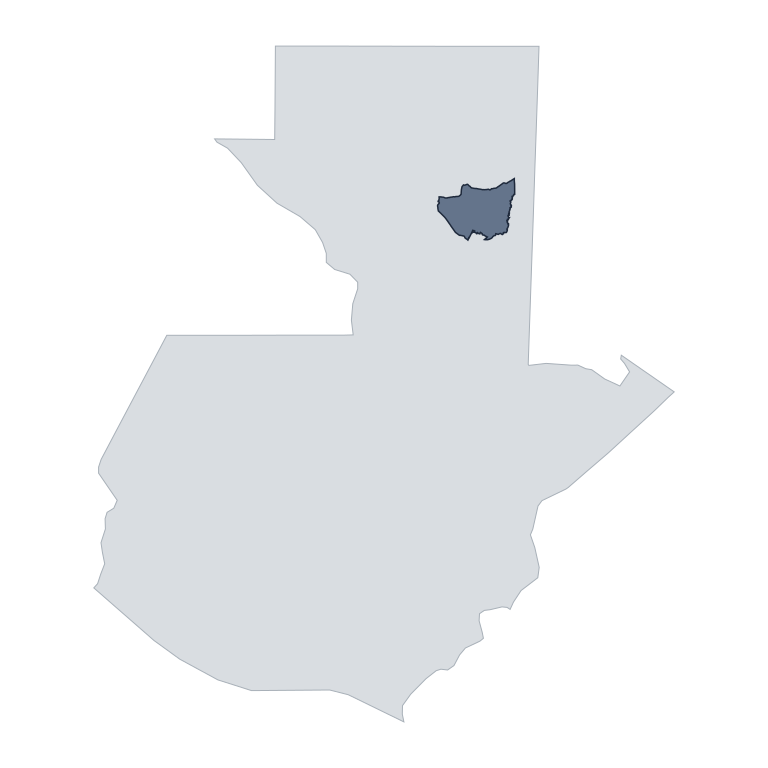 Santa Ana, Petén, Guatemala (highlighted)
{"feature_id": "79465075B84602984839461", "entity_name": "Santa Ana", "entity_type": "district", "adm_level": 2, "iso_a3": "GTM", "parent_name": "Guatemala", "parent_adm1": "Petén", "projection": "robinson", "projection_center": [-89.487, 16.831], "detail": "fine", "context": "in_parent", "style": "filled", "palette": "slate", "viewbox_px": 768, "rotation_deg": 0, "n_neighbors": 0, "source": "geoboundaries", "source_scale": "gbopen_adm2", "svg_char_len": 6697}
<svg xmlns="http://www.w3.org/2000/svg" viewBox="0 0 768 768"><path d="M93.8,587.9L97.6,583.7L100.8,573.9L104.7,563.8L102.4,552.2L101.0,542.7L105.4,529.0L105.1,518.7L107.1,512.3L113.8,508.2L117.2,500.3L98.6,473.2L98.6,467.1L101.1,459.5L116.4,430.5L134.6,396.1L154.7,358.2L166.8,335.3L210.5,335.3L239.5,335.3L276.2,335.2L316.2,335.2L342.4,335.2L353.2,334.9L351.4,320.1L352.8,303.7L357.7,288.8L357.7,282.2L349.9,274.2L334.7,269.5L326.3,262.4L326.3,253.4L322.6,242.5L315.3,229.7L300.1,216.6L277.0,203.2L257.4,185.3L241.3,162.7L227.6,148.2L217.0,142.2L214.6,138.9L245.5,139.2L274.7,139.5L275.0,107.2L275.2,78.5L275.4,46.1L328.4,46.1L391.6,46.2L457.2,46.3L508.7,46.3L539.0,46.3L537.7,86.5L536.1,133.1L534.9,167.3L533.4,213.0L531.8,259.6L529.6,323.3L528.2,364.5L528.9,365.4L546.1,363.4L571.6,365.2L577.9,365.1L585.7,368.7L591.7,369.7L604.7,379.0L619.9,386.0L629.6,371.9L624.5,363.4L620.7,359.0L621.3,355.2L674.2,391.9L668.0,397.5L654.5,410.6L630.1,432.9L608.3,452.9L587.2,471.0L568.3,487.4L566.0,489.0L542.0,500.6L538.0,506.0L532.8,529.1L530.4,534.8L534.8,547.6L539.2,567.4L537.8,577.7L521.1,590.5L513.5,602.0L510.1,609.4L507.1,607.4L502.0,606.9L490.1,609.7L484.3,610.4L479.5,613.7L479.1,620.8L482.2,632.3L483.4,638.3L480.0,641.1L465.4,648.0L459.6,654.9L454.0,665.5L447.6,670.0L440.9,669.2L436.2,670.7L426.0,678.7L410.7,694.2L402.5,705.6L402.3,714.2L403.9,721.9L348.2,694.7L329.7,690.0L251.5,690.6L217.9,679.9L179.8,659.2L154.0,640.5L93.8,587.9Z" fill="#d9dde1" stroke="#a8b0b8" stroke-width="1"/><path d="M514.7,194.2L514.6,184.0L514.3,181.0L514.3,178.6L512.8,179.5L510.6,181.0L510.4,181.0L510.0,181.1L509.7,181.4L509.4,181.6L508.3,182.2L508.2,182.2L507.2,183.0L506.9,183.1L506.8,183.3L506.0,183.5L505.4,183.3L504.7,183.0L503.8,182.9L503.1,183.1L502.1,183.9L501.8,184.1L500.7,184.9L500.3,185.2L499.9,185.5L499.7,185.6L498.8,186.3L498.7,186.3L498.3,186.6L497.9,186.8L497.5,187.1L496.5,187.9L495.6,188.2L493.9,188.3L492.7,188.7L491.5,188.7L490.5,189.7L490.2,189.8L489.8,189.9L489.1,189.6L488.7,189.3L488.1,189.3L487.2,189.4L487.1,189.5L486.8,189.5L486.7,189.6L485.7,189.6L484.3,189.7L483.5,189.6L482.8,189.7L480.4,189.2L478.9,189.0L478.7,189.0L476.5,188.5L475.9,188.5L475.4,188.5L474.6,188.4L474.2,188.4L472.3,188.0L471.8,188.0L471.5,187.8L471.4,187.7L470.9,187.5L470.1,186.4L469.9,186.4L469.5,186.1L469.3,186.0L469.2,185.9L467.7,184.4L467.2,184.3L466.8,184.4L466.6,184.5L465.6,184.9L465.4,185.0L464.5,185.2L463.5,184.9L463.2,185.2L463.2,185.3L462.8,185.8L462.2,186.4L462.1,186.7L462.0,186.8L461.9,187.3L461.4,189.6L461.1,194.2L460.9,194.4L460.4,195.1L459.1,196.1L458.8,196.3L458.6,196.4L457.9,196.4L457.3,196.5L456.0,196.5L455.5,196.6L455.4,196.7L454.7,196.9L454.4,196.8L453.3,196.7L452.7,196.9L452.0,197.1L451.1,197.1L449.9,197.3L449.8,197.5L448.0,197.6L447.5,197.9L445.9,198.0L445.0,197.9L443.8,197.3L443.4,197.2L442.1,197.1L441.7,197.1L441.1,196.9L439.9,196.9L439.1,196.9L439.1,197.8L439.2,198.8L439.0,199.2L438.9,199.8L438.9,200.3L438.8,200.5L438.5,200.9L438.1,201.1L438.1,201.3L438.1,201.5L438.3,201.8L438.8,201.8L439.1,202.1L439.1,202.3L439.3,202.7L439.3,203.1L437.9,204.7L437.6,205.3L437.6,206.0L437.7,206.8L437.9,207.6L437.9,208.5L438.2,210.3L438.4,210.6L438.5,210.8L438.4,211.0L440.6,213.1L441.0,213.5L442.4,214.9L444.6,217.1L444.9,217.5L445.1,217.7L445.6,218.3L448.2,221.9L448.6,222.6L449.0,223.1L450.5,225.2L450.8,225.8L454.5,231.0L455.3,232.2L456.1,232.9L456.3,233.0L458.7,234.8L459.4,235.3L460.6,235.3L461.0,235.5L462.0,235.6L462.3,235.6L462.8,235.9L463.1,235.9L463.8,236.0L464.2,236.3L464.6,236.9L464.9,237.7L465.0,237.9L465.8,238.5L466.4,239.0L467.0,239.2L467.9,240.1L468.2,239.5L468.0,239.3L468.2,239.1L468.3,239.1L468.6,238.5L468.8,238.4L468.8,237.9L468.8,237.6L469.2,237.7L471.7,232.7L472.1,232.9L472.6,232.0L472.4,231.7L472.2,231.6L472.7,230.4L473.8,231.0L474.0,230.6L474.7,231.0L474.0,232.3L474.8,232.4L475.0,232.4L475.6,232.6L476.2,233.1L476.3,233.5L476.5,233.7L476.9,233.7L477.0,233.4L477.2,233.1L477.4,232.6L477.7,232.8L477.9,232.9L478.3,233.4L479.5,233.9L479.9,233.8L479.8,233.5L480.4,232.4L482.2,233.6L482.3,234.0L482.2,234.3L482.4,234.4L482.6,234.7L482.6,234.9L483.3,235.1L483.8,235.1L484.5,235.3L484.8,235.7L484.9,235.8L487.3,237.0L486.4,237.9L486.4,238.5L486.0,239.0L485.4,238.6L485.0,239.2L484.5,239.6L485.0,239.7L487.7,239.7L489.4,239.2L490.8,238.6L491.9,237.9L492.5,237.2L492.8,236.6L493.1,236.4L493.4,236.1L493.8,235.9L494.3,235.5L495.0,235.6L495.5,235.2L495.7,234.9L495.8,234.0L495.8,233.8L496.1,233.9L496.3,234.0L496.5,233.8L496.9,233.9L497.7,234.3L498.0,234.3L498.4,234.4L498.6,234.3L498.8,234.0L499.0,233.9L499.5,233.7L499.9,233.5L500.2,233.4L500.4,233.4L500.8,233.5L501.1,233.9L501.7,234.2L502.1,234.5L502.2,234.4L502.7,234.4L502.9,234.2L503.1,233.6L503.3,233.4L503.6,233.4L503.6,233.2L503.4,233.1L503.3,232.9L503.4,232.7L503.5,232.6L504.0,232.4L504.9,232.5L506.0,232.6L506.4,232.4L506.6,232.1L506.7,231.8L506.8,231.4L507.1,231.1L507.3,230.6L507.2,230.4L507.1,230.1L507.3,229.6L507.0,229.4L506.9,229.3L507.0,228.9L507.2,228.6L507.4,228.1L507.7,227.9L507.8,227.7L508.1,226.6L508.3,226.2L508.4,225.9L508.5,225.6L508.5,225.2L508.5,224.6L508.4,224.4L508.2,224.4L508.2,224.2L508.4,224.1L508.2,223.7L508.4,223.5L508.3,223.4L508.2,223.4L507.8,223.5L507.7,223.2L507.5,222.9L507.5,222.7L507.4,222.6L507.4,222.4L507.3,222.0L507.1,221.9L507.1,221.4L507.4,221.2L507.5,221.1L507.0,220.8L507.0,220.6L506.9,220.4L507.0,220.3L507.3,220.4L507.5,220.0L507.5,219.8L507.5,219.5L508.0,219.5L508.0,219.4L508.4,219.5L508.5,219.2L508.5,218.7L508.8,218.5L508.7,218.3L508.8,218.2L509.0,218.0L509.3,217.6L509.2,217.6L508.8,217.6L508.7,217.6L508.6,217.4L508.6,217.2L508.2,216.7L508.3,216.2L508.0,215.8L508.2,215.3L508.3,215.2L508.5,215.2L508.6,214.9L508.9,214.9L509.2,215.0L509.2,214.9L508.9,214.7L509.1,214.1L508.9,214.2L508.8,214.3L508.7,214.3L508.6,214.2L508.7,213.3L509.2,212.8L509.3,212.7L509.1,212.3L509.1,211.7L509.3,211.2L509.6,210.9L509.7,210.7L509.7,210.4L509.7,210.1L509.8,209.8L509.7,209.7L509.8,209.3L510.1,209.2L510.2,208.7L510.1,208.4L510.1,208.1L510.0,207.9L510.0,207.7L510.3,207.5L511.0,207.4L511.3,207.0L511.2,206.6L511.2,206.4L511.4,206.0L511.4,205.9L511.1,205.9L510.9,205.8L510.9,205.5L511.0,205.3L511.1,205.2L511.0,204.8L511.0,204.7L510.5,204.3L510.3,203.8L510.4,203.4L510.7,202.6L510.8,202.1L510.7,201.9L510.4,201.6L510.2,201.4L510.1,201.1L510.1,200.9L510.5,200.8L511.1,200.6L511.2,200.3L511.5,200.1L511.5,199.7L511.8,199.7L512.1,199.6L512.3,199.1L512.3,198.4L512.1,198.3L512.3,197.9L512.2,197.8L512.2,197.6L512.4,197.1L512.2,197.0L512.1,196.9L512.1,196.6L512.5,196.7L512.6,196.3L512.9,196.2L513.2,195.8L513.4,195.7L513.4,195.3L513.7,195.1L513.8,194.7L514.0,194.8L514.2,194.5L514.4,194.4L514.5,194.2L514.7,194.2Z" fill="#64748b" stroke="#1e293b" stroke-width="1.5"/></svg>